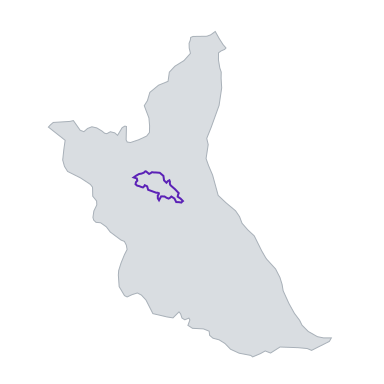 Moldova, with Ialoveni highlighted, rotated 183°
{"feature_id": "MDA-1640", "entity_name": "Ialoveni", "entity_type": "District", "adm_level": 1, "iso_a3": "MDA", "parent_name": "Moldova", "parent_adm1": "", "projection": "natural_earth1", "projection_center": [28.789, 46.926], "detail": "fine", "context": "in_parent", "style": "outline", "palette": "violet", "viewbox_px": 384, "rotation_deg": 183, "n_neighbors": 0, "source": "natural_earth", "source_scale": "10m", "svg_char_len": 2672}
<svg xmlns="http://www.w3.org/2000/svg" viewBox="0 0 384 384"><g transform="rotate(183 192 192)"><path d="M45.2,53.6L47.0,50.0L64.3,40.1L68.7,41.7L77.7,42.1L96.0,41.8L105.1,35.3L110.6,37.1L115.2,34.2L122.8,30.5L123.9,31.3L124.8,31.9L136.5,33.5L145.3,37.0L151.1,42.4L157.2,45.8L163.4,47.1L166.9,49.8L167.6,53.9L173.4,55.9L184.4,55.9L189.1,58.6L187.4,64.1L188.5,65.9L192.5,64.0L195.4,65.6L197.0,69.7L198.7,71.6L204.4,65.3L210.3,65.9L224.7,68.5L232.3,81.7L237.1,86.4L241.3,88.3L246.6,86.3L251.3,83.8L254.0,85.0L259.8,93.7L261.2,105.2L261.1,109.8L259.1,117.5L256.2,125.8L253.8,131.2L254.8,135.5L256.9,139.1L260.4,140.3L271.5,147.7L275.7,152.7L281.7,156.5L286.3,156.7L288.7,158.8L289.6,161.4L289.0,167.9L286.4,174.1L286.8,178.0L290.9,182.6L291.3,188.1L291.6,191.6L293.8,194.2L304.0,200.2L317.3,206.0L320.7,210.9L322.8,217.2L322.2,227.8L321.4,237.0L338.8,249.3L336.9,251.6L334.2,254.2L317.6,256.1L314.2,257.1L306.9,247.8L303.1,246.6L299.6,250.0L295.4,251.9L290.4,251.0L285.0,248.1L282.3,246.1L280.1,245.8L276.7,247.9L272.2,247.0L269.3,244.7L265.1,252.6L262.5,254.3L260.9,254.0L260.5,240.6L259.3,238.5L256.0,238.2L247.9,241.4L240.2,245.5L237.6,249.2L237.8,255.8L238.9,263.7L244.2,275.7L241.3,280.9L239.3,289.3L231.0,296.9L221.7,301.3L220.9,310.5L215.7,316.7L206.8,322.9L200.8,330.4L202.3,335.5L202.7,340.4L201.6,343.7L201.4,346.3L199.1,347.4L185.4,348.3L181.6,349.9L177.2,353.5L172.9,346.7L168.7,340.8L165.6,337.6L166.9,336.1L170.3,334.4L172.8,332.4L172.5,325.3L170.7,317.2L169.1,313.3L168.9,307.1L167.8,297.5L169.5,279.8L176.3,257.4L180.1,246.3L178.3,240.2L179.7,226.1L176.8,219.1L172.3,209.9L165.7,190.0L157.6,183.1L147.5,175.5L143.2,169.8L140.4,163.4L134.4,157.2L127.5,151.4L119.4,137.0L115.2,130.5L113.9,128.8L104.5,119.5L99.7,111.2L97.2,104.4L95.8,98.1L89.3,85.6L83.4,76.2L77.8,69.5L75.2,64.8L68.6,58.8L59.2,54.1L53.1,53.2L45.2,53.6Z" fill="#d9dde1" stroke="#a8b0b8" stroke-width="1"/><path d="M215.2,202.5L214.6,201.2L214.6,199.6L214.2,198.1L213.2,197.1L209.1,193.9L205.2,190.2L205.8,188.4L206.1,186.6L203.2,184.9L200.6,182.5L201.4,181.8L202.1,180.9L204.8,181.2L207.2,181.1L209.2,184.6L212.4,186.4L213.6,185.1L215.0,184.2L217.1,184.9L219.2,186.1L222.6,186.0L224.5,182.0L225.8,183.9L226.0,186.7L225.2,187.8L225.0,189.0L226.3,189.5L227.7,189.4L235.9,191.9L237.1,195.3L239.5,196.3L240.2,195.0L241.2,194.0L243.0,194.4L245.0,195.1L247.1,195.5L248.8,196.8L248.5,198.9L247.2,200.4L247.8,202.6L251.0,203.5L248.5,205.5L245.8,207.2L243.5,207.7L241.2,208.7L239.7,210.2L239.1,210.2L238.6,209.9L235.8,207.8L234.4,208.6L233.0,209.7L231.0,209.5L229.0,209.6L225.2,209.5L221.4,206.6L220.5,202.1L218.0,199.9L216.7,201.6L215.2,202.5Z" fill="none" stroke="#5b21b6" stroke-width="2"/></g></svg>